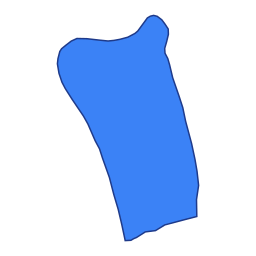 outline of Dilong, Kayangel, Palau
{"feature_id": "81905179B74113200519778", "entity_name": "Dilong", "entity_type": "district", "adm_level": 2, "iso_a3": "PLW", "parent_name": "Palau", "parent_adm1": "Kayangel", "projection": "robinson", "projection_center": [134.717, 8.088], "detail": "fine", "context": "isolated", "style": "filled", "palette": "blue", "viewbox_px": 256, "rotation_deg": 0, "n_neighbors": 0, "source": "geoboundaries", "source_scale": "gbopen_adm2", "svg_char_len": 802}
<svg xmlns="http://www.w3.org/2000/svg" viewBox="0 0 256 256"><path d="M196.8,216.5L196.5,199.6L198.6,185.4L197.0,171.1L195.0,159.5L191.6,143.6L185.6,121.2L182.8,107.7L179.1,96.3L172.7,77.8L169.6,64.8L167.8,58.6L165.0,53.2L164.7,48.4L166.6,41.8L168.4,34.3L168.2,29.0L165.0,24.1L161.8,19.8L157.2,16.3L153.6,15.4L150.3,16.2L147.4,17.9L137.8,31.0L135.0,33.4L127.8,37.2L120.0,39.3L114.0,40.4L108.1,41.0L100.1,40.2L86.8,38.7L76.9,38.5L71.2,41.1L65.9,45.2L61.6,48.7L59.8,51.5L58.0,58.5L57.4,63.8L59.0,73.4L62.0,82.3L65.3,88.6L72.1,99.3L83.4,116.0L87.9,124.0L95.2,140.8L99.5,148.8L102.6,158.4L109.4,177.5L113.8,194.5L118.2,209.3L121.8,224.6L125.2,240.6L130.9,240.3L133.8,238.6L136.5,237.5L145.3,231.9L155.5,230.6L164.8,224.9L185.2,219.5L196.8,216.5Z" fill="#3b82f6" stroke="#1e3a8a" stroke-width="1.5"/></svg>